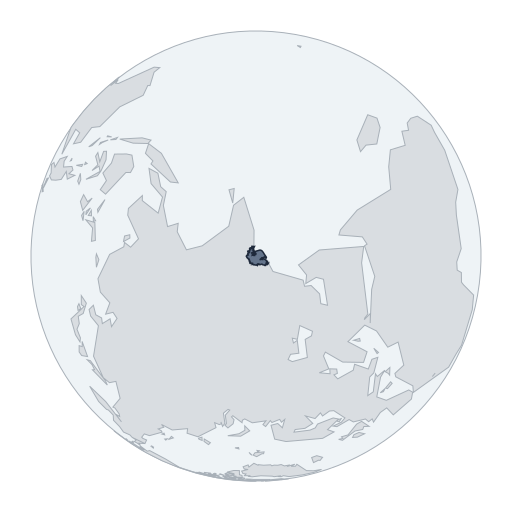 globe centered on Gujarat, rotated 190°
{"feature_id": "IND-3264", "entity_name": "Gujarat", "entity_type": "state/province", "adm_level": 1, "iso_a3": "IND", "parent_name": "India", "parent_adm1": "", "projection": "orthographic", "projection_center": [71.839, 22.391], "detail": "fine", "context": "on_globe", "style": "filled", "palette": "slate", "viewbox_px": 512, "rotation_deg": 190, "n_neighbors": 0, "source": "natural_earth", "source_scale": "10m", "svg_char_len": 15061}
<svg xmlns="http://www.w3.org/2000/svg" viewBox="0 0 512 512"><g transform="rotate(190 256 256)"><circle cx="256" cy="256" r="225" fill="#eef3f6" stroke="#a8b0b8"/><path d="M330.9,43.5L329.1,42.9L336.3,45.5L347.9,50.3L343.6,48.5L350.5,51.7L347.6,50.6L349.2,51.8L345.1,50.4L335.1,46.1L332.2,45.4L337.3,47.8L336.3,48.5L329.3,44.9L326.9,45.9L309.9,40.4L294.5,34.5L281.7,32.7L258.4,30.7L276.9,31.7L295.2,34.2L313.2,38.1L330.9,43.5ZM359.5,55.9L365.5,59.1L348.1,50.4L359.5,55.9ZM256.9,30.7L256.0,30.8L246.0,30.9L241.0,31.3L237.9,31.5L236.6,31.7L240.5,31.5L241.2,31.7L238.6,32.1L234.1,32.2L234.8,32.0L232.1,32.3L231.0,32.2L230.1,32.5L225.0,32.9L226.2,33.2L218.9,34.1L216.5,34.3L221.9,33.3L222.5,33.2L239.6,31.3L256.9,30.7ZM350.2,52.2L352.3,53.2L352.2,53.5L350.2,52.2ZM345.8,51.8L345.1,52.3L344.1,50.9L345.8,51.8ZM343.6,52.1L342.0,54.0L346.5,55.9L332.8,52.0L338.7,51.3L336.8,49.2L340.4,51.1L343.6,52.1ZM242.8,31.4L238.6,31.5L244.5,31.2L242.8,31.4ZM246.4,31.1L263.4,30.9L268.3,31.3L261.6,31.1L269.9,31.8L263.9,32.0L258.0,31.7L256.0,31.3L255.3,31.8L246.4,31.1ZM325.5,49.8L323.7,49.9L323.7,49.0L325.5,49.8ZM241.9,31.8L244.9,31.5L249.4,31.8L244.2,32.4L244.4,32.1L241.9,31.8ZM275.0,32.0L277.4,32.6L273.2,32.9L273.6,33.2L264.2,32.1L275.0,32.0ZM242.1,32.3L241.5,32.8L237.0,33.2L239.3,32.2L242.1,32.3ZM252.8,31.7L254.6,31.9L251.9,31.9L252.8,31.7ZM220.8,35.5L224.3,34.7L227.0,34.7L220.8,35.5ZM241.5,33.1L243.1,33.0L244.5,33.0L243.1,33.5L241.5,33.1ZM261.9,32.6L259.7,32.7L265.5,33.0L262.6,33.6L256.9,32.8L258.2,33.4L257.3,33.6L253.6,32.9L261.9,32.6ZM246.1,34.2L237.8,34.1L230.7,35.3L228.2,35.2L240.0,33.4L246.1,34.2ZM250.8,33.4L247.3,33.8L245.9,33.3L247.5,32.8L250.8,33.4ZM262.7,34.3L268.7,33.6L269.7,33.9L262.7,34.3ZM244.3,34.6L246.4,34.7L244.0,34.7L244.3,34.6ZM257.4,34.4L259.3,34.1L260.5,34.3L257.4,34.4ZM248.8,35.3L246.1,35.1L247.1,34.6L248.8,35.3ZM253.0,35.0L254.1,35.4L249.0,34.5L253.6,34.7L253.0,35.0ZM258.1,34.7L259.5,34.8L257.2,34.9L258.1,34.7ZM246.7,37.6L240.2,36.6L242.3,35.4L248.4,36.4L246.7,37.6ZM33.7,240.7L38.1,203.8L42.0,194.1L47.0,180.0L77.3,149.0L79.0,155.4L97.4,161.3L98.8,164.5L91.5,174.2L101.1,195.9L110.4,189.1L124.3,203.1L136.9,206.8L150.6,187.6L130.0,181.0L131.6,169.9L152.2,166.6L171.0,173.4L172.2,169.3L164.7,157.5L173.4,152.0L162.6,152.9L163.7,157.7L156.9,158.7L155.5,154.5L158.6,152.5L154.2,149.2L140.4,160.4L140.1,166.5L125.8,164.2L123.9,174.4L118.4,177.4L119.7,161.3L123.0,156.6L121.7,137.9L116.9,142.6L117.9,160.8L115.6,158.4L109.3,165.9L112.3,158.3L112.6,138.2L102.6,136.5L82.3,150.6L78.1,149.1L78.1,142.1L93.2,123.4L100.9,129.1L106.4,123.5L111.4,112.8L113.3,115.8L116.3,112.4L119.9,114.5L131.3,109.5L135.9,111.1L146.7,102.0L150.5,101.9L143.1,107.1L140.3,112.0L152.5,117.2L156.7,116.1L162.7,110.0L165.3,112.7L169.6,106.2L179.6,107.1L171.0,101.0L177.8,94.8L187.3,91.9L188.0,89.1L172.6,93.9L167.8,97.0L166.2,101.2L151.9,109.9L146.4,109.8L155.4,97.4L148.6,96.3L158.7,88.0L194.2,78.5L205.8,78.9L211.8,91.9L205.5,94.8L200.2,91.4L199.3,100.1L202.1,96.7L204.3,99.2L211.4,94.8L213.3,96.4L216.9,89.7L219.9,91.2L217.6,95.4L230.7,91.1L238.8,93.6L240.9,91.9L240.8,89.4L251.1,94.7L252.2,93.3L249.2,91.0L249.4,86.8L253.8,81.8L257.1,83.9L256.0,85.9L258.6,93.9L255.1,99.7L256.9,100.1L260.8,95.6L257.6,85.8L259.3,82.3L261.7,86.5L261.0,84.7L262.9,83.6L267.8,84.7L265.6,80.0L281.8,67.9L293.1,69.5L293.4,74.1L308.3,70.1L319.8,73.7L317.1,71.3L322.3,68.7L318.8,67.4L317.9,66.2L329.7,60.6L335.1,61.4L337.1,57.7L335.7,56.7L331.8,55.8L332.8,52.0L346.5,55.9L349.1,57.9L355.9,59.6L360.7,64.3L367.8,69.5L369.0,74.6L374.6,78.7L376.6,79.0L385.7,85.4L397.2,98.9L378.8,86.6L359.7,69.3L366.7,75.9L362.4,74.3L363.3,76.7L368.5,81.8L370.7,82.4L365.1,92.2L372.2,108.2L378.3,105.8L385.3,109.7L398.6,129.1L399.1,160.0L408.4,168.1L411.1,174.3L407.6,179.3L403.6,170.3L397.3,168.2L395.6,162.7L388.8,168.8L386.0,161.3L382.0,170.4L387.0,175.7L394.0,172.6L391.8,184.5L403.0,193.4L407.7,206.2L400.4,232.2L387.8,242.1L387.8,246.5L381.0,242.9L374.7,252.5L389.4,273.9L389.9,280.7L378.4,295.8L377.6,290.8L359.8,281.2L358.3,297.8L371.9,309.1L376.6,323.7L367.0,320.5L361.9,307.7L355.6,303.8L356.0,289.7L348.2,269.6L338.3,274.7L337.8,266.2L325.6,250.0L310.7,256.7L288.0,280.6L286.9,302.1L278.2,311.7L262.4,281.1L258.9,260.1L251.0,261.9L236.6,243.7L205.4,240.4L202.9,234.6L196.6,236.5L186.8,229.8L183.9,220.3L177.0,219.9L185.5,244.8L193.0,245.4L202.2,237.5L202.9,246.1L212.6,254.6L194.7,272.9L151.6,284.1L150.8,267.6L135.8,218.3L138.2,213.7L138.2,213.1L138.3,212.1L133.4,219.3L131.9,209.8L136.3,243.2L135.5,256.6L150.9,284.9L148.7,287.0L154.6,293.3L178.0,291.1L177.4,296.4L164.3,318.8L134.9,345.0L140.8,366.9L142.1,383.9L128.3,390.9L134.0,404.2L127.6,406.3L130.2,413.2L127.5,418.5L121.4,421.7L106.2,415.2L101.6,408.7L88.5,392.9L68.7,356.6L68.7,343.7L65.8,331.2L55.2,298.9L57.3,285.0L55.4,277.0L50.9,275.4L49.1,265.9L46.7,263.7L34.9,255.3L33.7,240.7ZM61.4,167.9L59.2,171.8L61.4,167.9ZM187.3,191.7L200.8,195.1L200.8,181.1L206.0,181.4L204.0,176.8L200.7,180.1L196.9,167.7L204.9,165.2L206.4,159.6L201.9,158.3L187.8,165.0L193.1,182.4L187.5,187.0L187.3,191.7ZM129.4,94.1L128.5,97.1L123.9,100.1L118.2,99.8L124.7,95.2L129.4,94.1ZM128.2,100.8L138.8,89.5L142.8,89.8L138.8,91.4L140.4,92.8L134.3,95.8L127.7,107.9L123.3,111.5L115.0,107.9L120.2,106.8L120.8,103.7L128.2,100.8ZM158.9,65.8L163.5,62.5L166.2,67.2L161.5,69.9L155.5,69.3L157.4,65.8L158.9,65.8ZM209.0,36.0L210.6,35.6L211.9,35.4L211.5,35.6L209.0,36.0ZM208.0,35.9L203.4,37.0L205.5,36.9L207.9,36.5L218.7,34.6L230.8,32.6L234.8,32.7L234.4,33.4L232.1,33.8L230.2,33.5L228.5,34.4L224.1,34.4L222.3,35.1L203.3,38.4L204.2,37.8L192.0,41.2L189.6,41.2L197.5,38.9L186.6,41.9L192.8,39.8L185.1,42.2L203.1,37.0L207.8,35.9L208.0,35.9ZM227.5,48.9L226.3,46.9L222.1,51.5L217.6,50.3L217.4,50.9L212.1,51.3L205.3,52.9L204.0,52.1L201.9,53.2L198.3,53.7L195.0,55.0L191.6,54.2L187.3,55.8L188.1,54.5L181.6,57.7L184.9,55.0L180.6,55.8L179.6,58.0L169.0,53.4L162.0,54.5L154.4,57.2L161.1,53.1L172.5,48.4L185.2,44.5L190.9,44.4L192.9,43.0L196.3,42.6L193.3,43.9L199.9,41.8L201.8,42.0L213.1,40.4L221.4,37.9L225.7,37.6L223.4,38.7L229.3,37.6L228.0,39.6L231.1,39.5L232.8,41.7L226.7,44.4L230.6,44.2L232.1,46.2L227.5,48.9ZM246.9,38.2L240.7,40.9L235.1,41.8L234.3,37.7L231.7,37.5L231.1,35.6L239.1,34.5L238.6,35.0L239.9,35.4L236.9,35.6L240.3,35.7L239.7,36.7L242.2,37.2L239.5,37.8L246.9,38.2ZM103.7,161.9L105.4,163.4L108.7,164.5L104.8,169.5L103.7,161.9ZM103.5,148.2L105.5,148.5L101.6,155.5L99.8,154.2L103.5,148.2ZM109.9,142.9L105.9,147.9L107.0,144.5L109.9,142.9ZM145.3,107.2L147.8,107.4L146.8,109.0L143.8,110.7L145.3,107.2ZM214.0,64.5L214.2,62.6L215.8,62.3L220.5,58.5L224.2,59.4L222.8,62.1L214.0,64.5ZM145.2,190.0L139.6,192.8L138.6,190.3L140.7,189.8L145.2,190.0ZM119.8,180.9L124.0,185.6L118.6,182.3L119.8,180.9ZM218.8,64.8L220.3,63.1L221.3,64.7L218.8,64.8ZM227.1,59.9L228.8,61.4L225.2,59.1L227.1,59.9ZM248.5,469.0L252.0,470.4L248.1,470.4L248.5,469.0ZM176.8,387.8L170.5,414.5L160.8,412.8L156.1,404.1L156.5,387.3L166.9,384.3L171.2,376.9L176.8,387.8ZM418.8,348.2L423.3,347.6L423.0,348.6L418.8,348.2ZM414.2,346.4L419.6,345.1L413.0,348.7L414.2,346.4ZM421.7,344.6L427.1,341.0L429.5,338.7L428.9,340.8L421.7,344.6ZM410.5,347.5L388.6,352.6L379.5,351.9L382.0,348.0L396.6,345.8L410.5,347.5ZM381.2,348.0L367.0,340.7L345.3,314.5L353.1,314.0L375.4,328.4L374.0,331.7L382.7,337.9L381.2,348.0ZM414.5,322.4L413.0,331.8L401.2,334.0L395.7,333.8L391.9,322.9L394.1,316.4L398.7,315.6L414.9,290.8L420.9,294.3L416.4,304.3L421.2,311.1L414.5,322.4ZM288.1,304.1L294.1,316.5L289.2,318.7L288.1,304.1ZM420.2,274.5L414.5,285.4L419.3,271.6L420.2,274.5ZM422.2,262.0L423.2,266.5L420.0,262.8L422.2,262.0ZM388.9,252.9L384.0,255.0L383.3,251.8L389.0,247.2L388.9,252.9ZM411.2,217.2L413.5,226.9L413.5,230.4L410.1,225.1L411.2,217.2ZM252.6,74.1L241.9,78.0L236.7,82.4L237.6,86.8L231.8,82.7L239.8,75.9L252.6,74.1ZM277.8,68.2L277.0,65.0L280.4,65.7L281.0,66.6L277.8,68.2ZM275.2,66.8L268.5,64.2L270.0,62.0L275.0,64.4L275.2,66.8ZM243.4,63.4L239.9,64.4L239.3,63.0L243.4,63.4ZM422.4,407.9L421.5,408.7L426.3,402.0L422.7,405.9L428.8,398.5L422.3,405.8L424.2,401.7L421.5,402.0L389.1,424.3L383.5,424.8L388.3,419.3L390.0,405.4L392.2,405.1L395.0,394.7L416.1,379.2L432.3,356.3L440.1,354.0L448.4,337.6L455.2,334.8L451.0,346.7L455.5,349.5L464.9,322.5L461.4,345.3L460.4,350.7L458.7,354.2L451.1,368.6L442.5,382.4L432.9,395.5L422.4,407.9ZM429.8,345.5L436.5,336.3L439.7,334.5L429.8,345.5ZM478.9,288.7L478.9,288.3L479.0,287.7L479.0,288.2L478.9,288.7ZM478.8,289.0L478.7,288.5L478.8,287.8L478.8,289.0ZM472.2,302.2L473.3,310.6L471.2,313.0L469.4,308.7L465.9,317.6L459.2,321.3L461.4,316.0L461.0,310.2L452.8,312.2L451.2,308.9L454.5,304.5L448.4,304.0L455.2,298.9L457.5,306.3L461.1,297.6L466.3,295.9L470.7,295.4L473.2,299.0L472.2,302.2ZM454.3,318.0L455.3,317.4L454.1,320.5L454.3,318.0ZM478.5,285.6L478.7,288.4L478.5,289.6L478.3,289.6L478.5,285.6ZM473.9,296.8L477.1,286.4L477.6,285.8L475.3,296.1L473.9,296.8ZM476.8,282.6L477.8,282.1L478.0,285.3L477.7,286.7L476.8,282.6ZM440.6,316.3L440.2,318.8L438.3,317.7L440.6,316.3ZM443.2,313.9L448.7,314.1L442.6,316.2L443.2,313.9ZM424.3,312.2L426.2,317.3L432.3,311.7L427.6,318.4L431.3,326.4L429.7,330.4L426.2,321.6L424.2,332.6L421.4,333.2L420.4,324.7L423.4,312.9L426.1,307.5L436.8,302.0L424.3,312.2ZM443.3,306.9L441.8,300.8L442.8,295.9L444.6,298.8L443.3,306.9ZM436.4,286.5L431.3,280.2L427.4,284.6L434.6,270.9L438.4,279.1L436.4,286.5ZM431.0,270.6L427.4,274.6L430.7,267.0L431.0,270.6ZM426.1,272.3L425.0,267.0L428.2,266.8L426.1,272.3ZM433.0,270.2L432.5,260.7L434.8,265.7L433.0,270.2ZM421.8,255.3L429.9,262.1L420.5,261.0L416.9,243.4L420.6,241.9L421.8,255.3ZM422.1,178.3L419.4,173.7L421.8,171.5L423.0,175.2L422.1,178.3ZM427.3,161.9L421.6,169.5L416.6,176.4L419.6,177.8L421.2,186.7L414.9,180.1L416.2,169.4L420.6,165.8L418.3,158.7L419.6,152.8L414.7,144.9L414.4,140.8L420.1,147.1L427.3,161.9ZM412.4,141.7L404.4,127.7L410.4,127.7L413.5,130.8L414.6,137.0L411.4,136.6L412.4,141.7ZM404.2,124.5L401.0,124.2L382.4,106.7L380.0,103.1L397.3,115.5L395.2,116.0L398.7,120.6L404.2,124.5ZM325.8,50.9L323.9,50.0L326.3,50.5L325.8,50.9ZM315.8,65.6L314.9,64.0L317.8,64.3L315.8,65.6ZM314.1,59.9L311.5,60.6L312.9,59.0L314.1,59.9ZM305.8,62.5L309.8,60.4L308.0,63.7L305.8,62.5Z" fill="#d9dde1" stroke="#a8b0b8" stroke-width="1"/><path d="M253.0,248.3L253.3,248.0L252.9,247.8L252.9,247.6L252.8,247.4L252.9,247.1L253.2,247.0L253.2,246.9L253.8,247.2L254.2,247.1L254.4,247.1L254.6,247.0L255.0,247.0L255.3,247.1L255.7,247.0L255.8,247.1L256.1,247.0L256.3,247.1L256.5,246.9L256.8,246.9L256.9,247.1L257.2,247.2L257.7,247.1L257.5,247.3L257.6,247.5L257.8,247.5L258.1,247.6L258.2,248.0L258.3,247.9L258.4,247.7L258.5,247.7L259.0,247.9L259.1,248.1L259.8,248.2L260.0,248.1L260.1,247.7L260.5,247.7L260.5,248.1L260.8,248.2L260.8,248.3L260.6,248.3L260.5,248.5L260.4,248.8L260.5,249.0L260.8,249.3L261.1,249.6L261.3,249.5L261.4,249.2L261.6,249.5L261.7,249.9L261.5,250.0L261.5,250.5L261.8,250.7L262.0,250.8L262.0,251.2L262.4,251.2L262.4,251.8L262.6,251.8L262.8,251.9L263.1,251.8L263.4,252.2L263.5,252.2L264.1,252.5L264.2,252.9L264.3,252.9L264.6,252.9L264.9,253.3L265.1,253.6L265.1,254.0L265.3,254.0L265.5,254.1L265.5,254.3L265.1,255.0L264.8,255.1L264.4,255.5L264.1,255.4L264.0,255.5L263.9,255.6L264.2,255.8L264.6,255.8L264.6,256.2L264.4,256.2L264.2,256.1L264.1,256.7L264.4,257.2L264.3,257.7L264.1,257.7L263.7,258.0L263.2,258.1L263.1,258.3L263.2,258.5L263.3,258.7L263.2,258.9L263.0,259.0L263.2,259.4L263.9,259.2L264.3,259.2L264.6,259.3L264.9,259.1L265.0,259.3L264.8,259.5L264.3,259.6L264.1,259.6L263.8,259.9L263.6,260.3L263.3,260.4L263.2,260.3L263.1,260.6L262.8,260.8L262.6,260.8L262.3,260.7L262.6,261.0L262.8,261.0L263.4,261.5L263.6,261.9L263.6,262.3L263.3,262.7L263.2,263.0L262.8,263.1L262.6,263.1L262.4,262.9L262.0,262.7L261.9,262.5L261.6,262.8L261.8,262.9L261.8,263.0L262.0,263.3L261.6,263.9L261.7,264.0L261.7,264.3L261.7,264.7L261.3,264.6L261.2,264.9L260.9,264.9L260.9,264.7L260.7,264.7L260.6,264.8L260.4,264.5L260.7,264.4L260.6,264.2L260.3,264.2L260.1,264.2L260.1,264.4L259.9,264.4L259.9,264.5L260.1,264.7L260.1,264.9L259.8,265.0L259.5,265.0L259.2,265.1L259.4,264.5L259.4,264.3L259.5,264.0L259.6,263.9L259.8,263.8L259.8,263.7L259.7,263.5L259.9,263.3L259.8,263.0L259.9,262.6L260.1,262.4L260.0,262.2L259.9,262.2L259.7,262.1L259.8,261.9L259.7,261.7L259.8,261.6L259.6,261.6L259.4,261.4L259.6,261.3L259.6,260.9L259.4,261.0L259.2,261.2L259.3,260.9L259.2,260.8L259.1,261.1L258.9,261.1L258.9,260.9L259.3,260.7L259.0,260.5L259.0,260.4L258.9,260.5L258.7,260.1L259.0,260.0L258.7,260.0L258.7,259.9L258.9,259.9L259.3,259.6L258.7,259.8L258.9,259.5L259.4,259.2L259.6,258.9L259.8,258.9L260.7,258.5L260.7,258.4L260.0,258.8L259.7,258.7L259.5,258.8L258.8,258.8L258.6,258.8L258.5,258.7L258.7,258.1L258.8,257.8L259.1,257.8L259.3,257.5L259.2,257.5L258.9,257.7L258.6,257.9L258.4,257.6L258.5,257.0L258.7,256.8L258.9,256.7L259.3,256.9L259.5,256.6L259.9,256.7L259.9,256.4L259.8,256.5L259.6,256.4L259.3,256.6L258.7,256.4L258.3,256.6L258.0,256.5L258.0,256.3L258.1,256.2L257.9,256.2L257.8,256.5L257.6,256.5L257.5,256.4L257.3,256.4L257.3,256.5L257.1,256.4L257.3,256.5L257.5,256.4L257.5,256.6L257.7,257.2L257.5,257.5L257.4,257.5L257.2,257.6L256.9,257.5L257.1,257.6L256.9,257.6L257.0,257.8L256.8,257.7L256.7,257.8L257.0,257.9L257.2,258.0L256.8,257.9L256.8,258.0L257.0,258.2L256.6,258.1L256.6,258.3L257.2,258.3L257.4,258.7L257.6,258.7L257.7,259.0L257.4,259.7L257.0,260.2L257.0,260.3L256.9,260.5L257.0,260.7L256.6,260.9L256.3,261.0L255.7,261.3L255.1,261.6L254.9,261.7L255.0,261.5L254.9,261.6L254.6,261.9L254.1,262.1L253.4,262.4L253.1,262.5L252.8,262.5L252.3,262.6L252.1,262.5L251.2,262.2L250.5,261.7L249.5,260.8L248.7,259.9L248.6,259.6L248.4,259.5L247.9,259.0L247.7,258.8L247.4,258.4L247.2,258.3L247.1,258.2L247.1,257.9L247.0,258.0L246.9,258.0L246.4,257.5L245.6,256.6L245.5,256.3L245.6,255.8L246.0,255.5L245.9,255.7L245.9,255.9L246.2,255.9L246.3,255.8L246.3,256.2L246.4,256.4L246.7,256.3L247.0,256.2L247.4,256.1L247.6,255.9L247.6,255.7L247.7,256.0L247.9,256.1L248.1,255.9L248.4,255.6L248.6,255.8L248.7,255.7L248.9,255.6L249.2,255.4L250.0,255.3L250.5,254.4L250.7,254.0L251.0,253.7L251.3,253.4L251.2,253.2L250.8,253.3L250.8,253.5L250.8,253.8L250.4,253.8L250.2,253.6L249.9,253.8L249.8,253.7L249.7,253.7L249.8,253.8L248.7,254.1L248.3,254.5L247.8,254.5L246.9,254.2L246.4,254.1L245.9,253.7L245.2,253.4L244.5,252.9L244.3,252.6L244.4,252.4L244.1,252.5L244.1,252.4L244.2,252.2L244.3,252.2L244.2,252.0L244.0,251.9L243.9,251.9L243.8,251.7L243.7,251.8L243.7,251.7L243.9,251.4L243.7,251.3L243.8,251.5L243.6,251.5L243.7,251.0L243.9,251.0L243.9,250.9L244.1,250.8L244.3,250.6L244.5,250.5L244.6,250.3L244.8,250.3L245.2,250.0L244.8,250.2L244.5,250.2L244.3,250.4L243.7,250.7L243.4,251.0L242.8,251.1L242.7,251.0L242.9,250.9L243.0,250.9L242.9,250.7L242.9,250.4L242.8,250.5L242.9,250.1L243.0,250.0L243.1,249.9L243.3,249.9L243.4,249.7L243.5,249.8L243.8,249.7L244.8,249.7L244.8,248.4L245.1,248.3L245.2,248.6L245.5,248.3L245.8,248.6L246.1,248.4L246.4,248.6L246.8,248.5L247.8,248.5L248.2,248.9L248.6,249.0L249.5,248.9L249.8,248.4L250.3,248.3L250.5,248.2L250.9,248.1L251.3,248.0L251.5,248.1L251.4,248.2L251.4,248.5L251.6,248.7L252.2,248.7L252.5,248.6L252.4,248.5L252.7,248.2L253.0,248.3Z" fill="#64748b" stroke="#1e293b" stroke-width="1.5"/></g></svg>